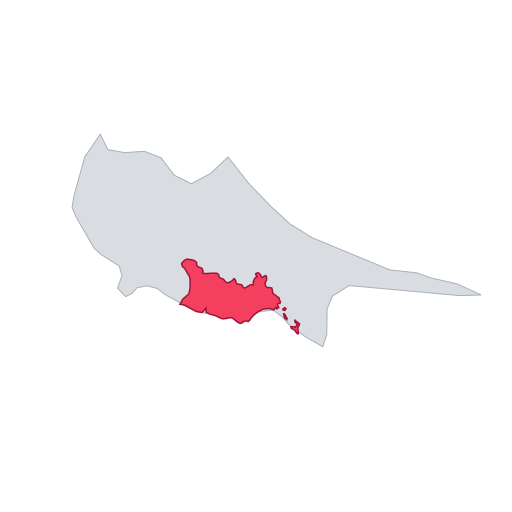 location of Larnaca within Cyprus, rotated 40°
{"feature_id": "CYP-3463", "entity_name": "Larnaca", "entity_type": "District", "adm_level": 1, "iso_a3": "CYP", "parent_name": "Cyprus", "parent_adm1": "", "projection": "robinson", "projection_center": [33.519, 34.89], "detail": "fine", "context": "in_parent", "style": "filled", "palette": "rose", "viewbox_px": 512, "rotation_deg": 40, "n_neighbors": 0, "source": "natural_earth", "source_scale": "10m", "svg_char_len": 3276}
<svg xmlns="http://www.w3.org/2000/svg" viewBox="0 0 512 512"><g transform="rotate(40 256 256)"><path d="M360.7,270.6L365.4,282.6L345.4,286.2L325.4,287.4L314.3,285.8L303.8,286.5L271.3,321.0L253.8,332.7L233.0,339.7L211.8,343.9L201.2,344.4L191.8,348.8L185.3,356.7L185.1,364.5L182.2,370.9L170.6,369.6L165.8,357.0L157.5,351.6L137.0,354.4L126.9,354.1L94.0,342.1L84.1,337.2L77.9,327.0L61.1,290.0L58.4,262.8L74.1,269.7L88.9,261.3L103.2,247.5L120.1,241.8L130.7,244.2L141.1,246.7L160.0,242.2L168.2,221.8L170.9,198.1L202.8,204.9L235.1,208.4L261.6,209.6L287.6,205.8L367.5,180.6L390.1,165.5L404.0,160.4L428.3,148.0L453.6,141.1L437.4,155.5L346.3,218.8L340.3,237.7L344.4,250.7L357.3,266.5L360.7,270.6Z" fill="#d9dde1" stroke="#a8b0b8" stroke-width="1"/><path d="M277.0,264.8L278.5,266.2L279.6,268.0L280.4,271.1L282.6,272.7L284.8,273.1L286.7,271.4L288.8,270.4L292.9,273.7L295.5,273.7L296.2,273.4L298.8,273.7L300.3,273.1L301.3,274.0L304.3,275.5L304.8,277.0L303.3,278.3L303.8,279.6L306.6,280.8L305.9,283.2L304.4,282.7L304.2,285.9L300.4,287.3L295.8,291.8L294.5,294.5L293.3,298.0L292.4,301.8L292.1,305.5L292.5,309.6L292.1,311.3L290.4,312.0L289.3,312.8L288.1,316.6L287.3,317.8L284.6,318.5L278.8,318.6L276.5,319.2L275.0,320.8L273.2,323.2L271.1,325.4L268.7,326.4L263.1,327.8L258.0,330.2L253.9,331.1L251.2,328.0L251.1,333.9L246.1,336.9L233.0,339.6L230.4,340.8L228.8,341.9L228.7,341.4L227.7,336.6L227.7,335.7L228.8,328.8L228.8,328.0L228.4,327.2L227.2,324.8L225.4,322.0L220.1,315.9L219.2,315.1L217.9,314.4L209.5,311.4L209.0,311.3L207.1,311.4L206.4,311.2L205.0,310.6L203.8,309.5L203.9,305.5L204.5,303.9L204.8,303.4L205.2,302.8L205.8,302.3L209.2,300.2L210.7,299.5L212.7,299.0L213.8,299.0L214.7,299.2L215.2,299.7L216.0,300.7L216.7,301.1L217.4,301.4L218.3,301.4L219.0,301.3L222.6,300.2L223.3,300.5L223.8,300.9L224.8,301.4L225.1,301.6L225.3,302.1L225.3,302.7L225.5,303.2L226.1,303.4L227.3,302.8L229.2,301.4L232.8,297.9L237.1,294.4L238.7,294.2L239.5,294.4L240.2,294.9L241.1,295.9L242.0,296.0L243.2,295.7L245.3,294.9L246.5,294.8L249.8,295.4L250.5,295.4L251.2,294.9L252.0,294.0L253.3,291.3L253.7,289.9L253.7,288.8L253.6,288.1L253.7,287.7L254.1,287.4L254.9,287.4L255.6,287.6L256.1,287.9L257.6,289.1L258.3,289.4L259.1,289.5L260.1,289.2L262.8,287.6L263.8,287.3L264.6,287.5L265.1,287.9L265.9,288.1L266.7,288.2L267.4,288.1L268.1,287.6L269.8,283.0L270.1,282.0L270.4,281.4L270.8,280.9L272.4,280.2L272.2,279.7L271.7,278.8L271.1,278.2L270.6,277.6L270.2,277.0L269.7,274.8L269.3,273.7L270.2,271.9L270.1,270.9L268.8,271.0L267.5,270.1L267.2,269.8L267.7,268.3L268.8,267.3L270.0,267.3L271.7,267.6L273.9,268.5L275.0,268.3L275.2,266.2L275.9,264.8L277.0,264.8ZM329.5,288.7L328.1,287.8L330.3,285.9L331.8,285.5L331.8,281.9L328.5,281.6L326.6,279.9L328.2,280.3L329.4,280.1L332.1,280.0L333.0,280.1L333.3,280.7L333.7,281.7L334.0,283.5L334.3,284.2L335.0,285.0L338.4,288.2L337.6,289.0L332.8,288.0L329.5,288.7ZM315.5,282.2L316.9,282.6L317.6,283.4L318.4,283.4L319.1,283.4L319.9,283.9L320.5,284.9L320.2,284.9L319.4,285.0L318.8,285.2L318.3,285.2L318.1,285.2L318.0,284.6L317.2,284.4L316.3,284.4L316.1,283.6L315.4,283.2L314.3,282.6L314.7,282.2L315.5,282.2ZM312.0,277.0L313.0,277.2L313.0,279.3L312.1,279.6L311.4,279.9L310.9,279.7L310.7,279.1L311.0,278.1L311.1,277.3L312.0,277.0Z" fill="#f43f5e" stroke="#9f1239" stroke-width="1.5"/></g></svg>